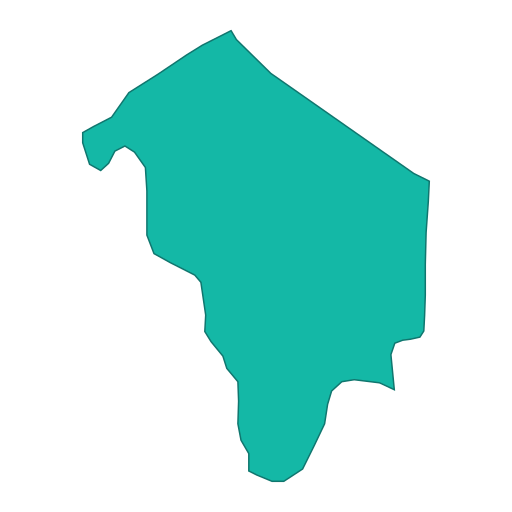 outline of Makedonska Kamenica
{"feature_id": "MKD-3006", "entity_name": "Makedonska Kamenica", "entity_type": "Statistical Region", "adm_level": 1, "iso_a3": "MKD", "parent_name": "North Macedonia", "parent_adm1": "", "projection": "equal_earth", "projection_center": [22.521, 42.044], "detail": "fine", "context": "isolated", "style": "filled", "palette": "teal", "viewbox_px": 512, "rotation_deg": 0, "n_neighbors": 0, "source": "natural_earth", "source_scale": "10m", "svg_char_len": 886}
<svg xmlns="http://www.w3.org/2000/svg" viewBox="0 0 512 512"><path d="M231.1,30.7L236.4,39.6L270.8,73.4L413.8,173.5L429.3,181.2L428.3,201.7L426.1,232.5L425.3,264.3L425.3,295.1L424.6,315.6L423.8,331.0L419.9,337.1L410.5,339.2L402.7,340.2L394.8,343.2L390.9,354.6L394.3,389.7L379.5,382.8L354.2,379.7L341.8,381.7L331.6,391.0L327.6,404.3L324.6,423.8L314.3,445.4L302.6,469.0L283.8,481.3L272.0,481.3L257.0,475.1L248.8,471.0L248.8,470.2L248.8,453.6L241.0,440.2L237.9,423.8L238.6,401.2L237.9,381.7L226.8,368.4L222.9,356.1L211.1,341.7L204.8,331.5L205.7,315.1L200.9,282.3L194.8,275.1L170.4,262.7L154.0,253.6L146.9,235.1L146.9,191.0L145.4,167.5L134.5,152.1L124.9,146.0L114.9,151.1L108.6,163.3L100.7,170.5L89.6,164.3L82.7,142.8L82.7,137.1L82.7,132.6L93.6,126.5L111.6,117.2L128.9,92.6L158.0,74.2L187.0,54.7L202.3,45.2L230.6,30.9L231.1,30.7Z" fill="#14b8a6" stroke="#0f766e" stroke-width="1.5"/></svg>